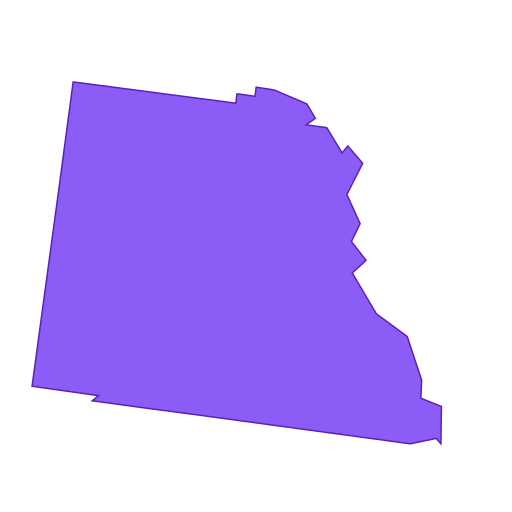 the district of Wilcox, Georgia, United States of America, rotated 7°
{"feature_id": "52423323B95461713566074", "entity_name": "Wilcox", "entity_type": "district", "adm_level": 2, "iso_a3": "USA", "parent_name": "United States of America", "parent_adm1": "Georgia", "projection": "natural_earth1", "projection_center": [-83.364, 31.989], "detail": "fine", "context": "isolated", "style": "filled", "palette": "violet", "viewbox_px": 512, "rotation_deg": 7, "n_neighbors": 0, "source": "geoboundaries", "source_scale": "gbopen_adm2", "svg_char_len": 556}
<svg xmlns="http://www.w3.org/2000/svg" viewBox="0 0 512 512"><g transform="rotate(7 256 256)"><path d="M49.6,412.6L116.6,413.8L111.1,419.7L175.0,420.5L209.4,420.8L431.9,423.6L457.1,415.1L462.4,419.8L458.4,382.8L437.0,377.1L435.5,358.9L415.9,317.5L382.5,298.7L353.6,261.1L365.8,246.9L348.9,230.0L355.4,211.2L338.7,183.9L350.6,151.0L333.7,135.6L328.9,143.2L310.6,120.0L289.7,119.7L298.1,112.2L288.0,98.9L254.0,89.0L235.6,88.4L235.5,97.6L217.4,97.3L217.3,106.8L53.3,105.5L52.2,210.6L49.6,412.6Z" fill="#8b5cf6" stroke="#5b21b6" stroke-width="1.5"/></g></svg>